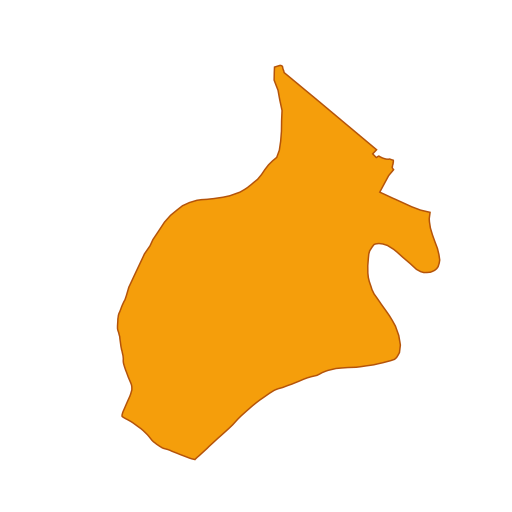 outline of Phu Tan, An Giang, Vietnam, rotated 71°
{"feature_id": "81297802B56486108937036", "entity_name": "Phu Tan", "entity_type": "district", "adm_level": 2, "iso_a3": "VNM", "parent_name": "Vietnam", "parent_adm1": "An Giang", "projection": "albers", "projection_center": [105.28, 10.655], "detail": "fine", "context": "isolated", "style": "filled", "palette": "amber", "viewbox_px": 512, "rotation_deg": 71, "n_neighbors": 0, "source": "geoboundaries", "source_scale": "gbopen_adm2", "svg_char_len": 3714}
<svg xmlns="http://www.w3.org/2000/svg" viewBox="0 0 512 512"><g transform="rotate(71 256 256)"><path d="M95.6,181.6L101.8,181.4L106.4,181.2L116.1,182.7L126.9,184.0L136.3,187.7L146.3,191.3L155.5,195.3L163.6,199.5L169.5,204.3L171.5,209.5L173.9,214.5L177.2,219.5L180.9,224.4L184.0,229.5L185.9,234.7L186.9,237.2L188.6,242.1L189.4,245.2L190.4,250.3L190.5,261.4L189.7,268.0L187.9,277.6L187.4,279.7L186.8,282.4L186.5,283.8L185.0,289.1L184.1,293.7L183.8,301.6L184.5,308.6L184.5,309.0L186.7,315.4L189.7,323.5L194.2,331.5L200.9,340.2L206.9,348.1L211.9,352.9L217.7,360.8L219.7,362.7L223.0,365.9L231.0,373.7L234.7,377.3L243.5,385.8L244.1,386.4L251.3,391.5L254.8,394.2L256.2,395.8L258.7,398.2L260.5,399.8L261.9,400.9L263.1,401.9L264.3,402.9L265.6,404.2L266.4,404.8L267.3,405.4L268.0,405.8L268.3,405.9L270.6,407.1L272.7,407.9L277.0,409.7L279.3,410.5L280.4,410.7L281.7,410.8L283.8,410.8L285.8,411.0L287.9,411.1L289.9,411.6L293.4,412.3L297.4,413.1L300.9,413.6L301.8,413.6L305.0,414.0L307.0,414.2L309.9,414.9L312.0,415.7L313.2,416.0L314.4,416.2L315.7,416.3L315.9,416.3L318.4,416.4L321.9,416.4L323.3,416.3L328.8,416.2L334.4,415.8L336.1,415.7L337.1,415.7L338.2,415.8L339.2,416.0L340.2,416.3L342.0,416.9L342.8,417.4L345.9,419.6L347.6,421.0L351.2,424.4L353.8,426.8L357.1,429.8L359.8,432.3L360.9,433.2L362.7,434.4L363.8,434.8L364.0,434.8L364.3,434.7L365.3,434.0L367.6,432.0L368.6,431.0L371.6,428.3L373.9,426.5L379.4,422.7L381.8,421.0L383.8,419.8L386.9,418.2L389.7,416.8L392.0,415.9L396.3,414.4L398.3,413.4L400.2,412.1L401.5,411.3L404.7,408.9L406.6,407.3L406.8,407.2L407.9,405.9L410.1,402.6L411.7,400.6L413.2,399.1L417.1,394.5L418.7,392.7L422.8,387.8L425.4,384.7L426.9,382.7L427.8,381.2L428.2,380.6L428.6,380.0L428.4,379.7L427.6,378.0L427.1,376.9L426.3,374.8L422.0,364.9L420.8,362.5L415.9,351.3L414.3,347.4L410.3,338.0L408.0,333.0L404.2,326.1L402.3,322.1L399.2,314.8L396.4,307.9L394.8,303.5L393.4,299.3L392.5,296.0L391.7,293.2L390.2,288.0L389.4,284.6L389.2,283.7L389.0,282.9L388.8,281.1L388.7,278.4L389.0,273.6L388.8,268.2L388.8,263.4L388.7,262.4L388.4,256.4L388.0,251.2L387.9,247.2L388.1,243.0L388.7,237.2L388.3,234.2L387.8,231.4L387.6,227.6L387.6,225.1L388.4,217.0L389.7,211.7L391.3,205.7L393.8,197.5L394.3,195.2L394.7,193.3L394.8,192.8L395.7,187.8L396.6,183.3L397.2,180.1L397.6,176.1L398.2,170.8L398.8,162.6L398.8,158.6L397.8,156.2L396.2,154.2L394.0,151.8L387.2,148.5L383.8,147.9L377.6,146.9L367.7,147.0L361.4,148.1L355.9,149.3L350.3,150.9L341.6,153.5L341.1,153.6L334.7,155.4L330.4,156.7L325.5,157.3L322.9,157.2L319.7,157.2L317.0,157.2L312.9,156.8L308.5,155.8L301.6,153.5L294.5,150.4L290.8,148.7L288.1,146.8L285.1,143.0L283.6,140.7L283.5,139.0L284.2,135.7L285.9,132.2L288.8,128.3L294.6,123.6L298.5,121.2L304.7,117.8L313.5,112.6L317.8,110.3L320.6,108.8L320.9,108.6L324.4,105.4L326.3,102.7L327.3,99.6L328.1,96.3L328.0,94.2L327.7,91.7L326.8,89.3L325.4,87.3L322.4,85.1L319.6,83.6L314.3,82.6L308.0,82.0L300.8,82.2L293.5,82.3L286.3,82.0L280.2,80.9L277.2,80.1L273.0,78.0L271.4,77.2L270.9,78.0L266.1,85.6L260.2,92.7L248.5,105.0L248.1,105.4L246.2,107.5L235.9,118.2L227.7,109.3L223.2,104.4L222.2,102.8L219.2,97.8L218.0,98.2L217.5,98.3L216.5,98.4L216.1,98.2L215.7,97.8L214.9,97.4L214.3,97.1L214.0,96.9L213.7,96.6L213.6,96.4L213.3,96.3L212.7,96.2L212.4,96.0L212.0,95.6L210.6,95.1L210.2,95.0L209.0,96.6L207.8,98.1L207.7,98.6L207.7,99.1L207.3,100.1L206.9,101.1L206.0,102.5L204.6,104.4L203.9,105.1L202.5,106.5L201.5,107.3L201.5,107.6L201.6,108.3L202.1,110.2L202.0,110.3L197.4,112.4L194.8,107.4L160.1,128.3L128.2,147.5L113.1,156.7L91.9,169.6L91.3,169.7L90.3,169.5L88.1,169.6L87.0,169.5L85.9,169.3L85.3,169.3L84.6,169.7L84.3,170.0L83.8,170.8L83.6,171.1L83.4,177.0L88.0,178.8L95.6,181.6Z" fill="#f59e0b" stroke="#b45309" stroke-width="1.5"/></g></svg>